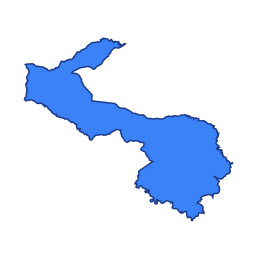 Ipameri, Goiás, Brazil, rotated 274°
{"feature_id": "56859067B29247640267498", "entity_name": "Ipameri", "entity_type": "district", "adm_level": 2, "iso_a3": "BRA", "parent_name": "Brazil", "parent_adm1": "Goiás", "projection": "natural_earth1", "projection_center": [-48.016, -17.457], "detail": "fine", "context": "isolated", "style": "filled", "palette": "blue", "viewbox_px": 256, "rotation_deg": 274, "n_neighbors": 0, "source": "geoboundaries", "source_scale": "gbopen_adm2", "svg_char_len": 5857}
<svg xmlns="http://www.w3.org/2000/svg" viewBox="0 0 256 256"><g transform="rotate(274 128 128)"><path d="M213.7,102.8L214.9,102.1L215.4,101.0L215.8,98.0L215.2,97.7L215.7,96.6L215.0,96.5L214.2,94.5L213.7,95.0L213.3,94.6L213.0,95.0L212.2,94.3L211.7,93.0L211.7,91.4L211.2,90.1L210.7,86.3L208.0,82.9L205.6,80.8L204.5,80.5L202.4,76.0L201.9,76.0L200.8,74.9L200.4,72.7L199.6,71.5L197.9,71.0L196.7,69.9L195.3,69.4L195.1,68.8L194.5,68.8L192.7,67.5L192.3,65.6L192.5,64.8L190.4,60.7L189.6,59.9L189.5,59.2L190.1,57.9L190.0,57.2L189.5,57.3L189.0,56.2L186.4,55.6L183.5,54.1L183.1,53.3L183.3,52.0L182.5,51.6L182.1,50.7L180.7,49.3L181.2,47.8L180.0,46.6L179.8,44.4L180.1,43.7L181.2,43.1L181.5,41.9L182.8,39.3L183.4,31.3L184.8,29.9L185.4,28.2L184.7,22.7L184.2,21.2L183.6,21.9L180.6,23.0L180.1,24.1L177.8,25.2L175.5,25.3L174.8,25.0L174.5,24.5L173.7,24.6L172.5,23.7L171.0,23.3L168.1,25.0L167.6,24.9L167.5,24.1L165.3,24.0L165.2,23.1L164.4,23.0L161.2,23.9L160.7,24.4L155.7,24.4L154.2,24.0L152.6,24.6L150.8,22.9L150.0,23.2L149.3,22.7L147.9,24.3L149.1,26.8L148.6,27.8L149.6,29.1L149.6,29.9L148.5,31.7L148.0,33.5L146.2,35.5L146.3,37.8L146.9,38.4L146.4,39.7L146.5,41.0L145.3,41.2L145.0,41.6L144.8,42.6L145.2,43.3L144.7,43.7L143.7,43.1L143.3,43.5L144.0,44.4L144.0,45.1L143.5,45.8L141.3,47.6L141.1,48.2L139.7,49.6L139.3,50.7L138.4,50.9L137.4,51.9L137.1,52.9L136.2,54.1L136.7,55.5L134.8,55.7L134.4,56.5L134.8,57.9L134.2,58.2L133.8,59.6L133.5,62.8L132.5,64.5L132.8,67.3L131.3,68.5L130.7,69.8L129.6,70.9L130.0,72.5L128.8,74.7L128.0,75.2L127.9,76.7L125.4,76.6L123.4,77.5L123.1,78.2L124.2,79.9L124.0,80.6L121.7,79.7L120.8,81.7L120.5,83.6L119.8,83.8L118.5,85.2L119.1,87.1L117.8,87.6L117.4,89.2L116.3,90.1L115.3,89.9L114.9,90.5L113.7,90.7L113.4,92.6L115.3,93.5L118.5,96.3L119.7,102.8L119.1,104.4L119.6,107.0L120.5,108.0L120.5,110.1L122.3,111.1L122.5,112.1L123.2,112.3L124.2,114.6L125.4,115.9L125.7,116.9L125.4,121.0L124.5,120.7L123.5,120.8L118.9,122.6L117.4,124.1L114.9,125.7L113.8,127.7L113.6,128.5L115.9,131.2L115.1,134.5L115.9,135.8L115.6,139.0L115.4,140.1L114.5,141.0L114.4,142.2L114.8,142.9L114.2,144.6L113.5,145.1L111.3,145.0L108.3,142.4L107.0,142.4L105.1,147.1L103.3,147.6L102.3,148.5L101.5,148.6L99.4,151.1L97.6,151.6L96.2,155.0L85.9,141.9L81.5,141.9L80.9,141.0L77.7,141.9L76.2,140.9L75.4,139.9L74.5,139.8L73.9,139.2L72.9,138.9L72.7,140.8L69.6,140.1L69.2,140.5L68.9,143.1L70.6,143.2L71.1,144.1L71.1,145.2L69.4,146.8L68.2,150.3L65.6,149.4L64.8,150.3L65.1,151.0L67.3,152.0L67.7,152.7L67.6,153.3L66.7,153.5L65.4,152.5L64.8,152.5L63.7,154.4L61.7,155.1L61.0,157.7L59.4,158.8L58.8,158.5L58.3,155.8L57.9,155.4L57.3,155.2L55.9,155.9L56.4,157.8L57.3,158.4L57.5,159.1L56.6,160.3L55.2,159.9L54.2,160.6L54.4,162.0L55.0,162.3L56.1,162.3L57.2,161.7L58.6,162.0L58.2,162.9L57.5,163.3L57.0,165.8L55.7,166.2L55.3,167.0L55.5,168.1L56.3,169.5L57.7,170.4L57.9,171.1L58.0,172.7L57.3,175.7L56.3,175.6L56.3,176.7L57.1,177.6L56.6,178.0L53.5,178.1L51.9,177.6L51.2,177.9L50.7,179.5L50.9,181.6L50.6,183.2L48.8,184.1L47.1,186.3L48.1,186.8L48.3,187.5L47.0,187.6L46.9,188.2L48.9,191.2L48.8,192.1L43.8,193.1L42.7,193.9L43.5,195.2L43.0,196.7L42.6,197.2L40.3,197.9L40.2,198.8L42.0,199.2L42.6,200.4L44.8,201.9L44.9,203.8L47.9,204.4L48.4,205.1L48.1,209.6L48.7,209.9L50.2,209.2L50.4,208.5L51.0,208.7L51.5,207.9L53.5,208.6L55.8,207.3L57.7,203.8L58.4,203.4L58.2,202.4L59.5,203.5L59.8,205.1L60.8,205.0L61.9,206.6L62.5,206.4L62.8,205.6L63.6,205.3L65.2,207.2L67.4,213.3L66.4,216.7L64.9,217.4L66.5,217.6L67.7,217.2L68.7,219.4L68.7,220.5L69.5,222.5L70.6,223.4L74.0,223.6L76.0,222.9L77.1,221.7L78.0,221.3L79.6,221.8L81.2,222.8L85.4,217.8L85.3,218.8L84.5,219.8L84.0,221.5L83.7,222.7L83.9,223.7L83.5,224.5L84.8,226.4L86.2,227.0L86.7,228.3L88.4,228.9L89.4,230.7L89.3,231.2L89.8,231.4L89.9,232.3L90.3,232.6L91.1,232.3L91.5,233.1L95.0,232.2L96.1,233.5L97.7,232.4L99.3,233.2L99.9,234.8L100.5,234.6L99.8,232.0L100.3,231.6L101.1,231.6L102.3,230.3L102.0,228.9L103.7,228.7L105.5,227.5L105.9,226.6L105.7,225.6L106.5,224.5L107.0,224.4L107.6,224.8L108.2,224.1L109.8,223.9L109.6,222.5L112.0,223.4L112.6,223.0L112.7,222.3L111.9,221.6L113.0,220.5L112.4,219.2L113.4,218.1L114.0,218.2L113.6,219.6L114.6,218.8L115.1,220.3L115.7,219.3L116.4,219.8L116.9,218.6L117.7,218.4L118.0,217.5L118.9,216.8L120.6,217.1L120.9,217.8L121.5,217.9L122.5,216.9L123.0,217.2L123.6,216.7L124.5,217.8L125.6,217.6L125.9,218.4L126.6,218.7L127.4,218.0L128.8,219.0L129.3,218.7L129.4,217.7L130.2,217.0L130.9,217.3L131.2,216.6L132.1,216.6L132.6,215.8L133.1,215.8L134.0,213.4L135.2,213.0L135.4,213.7L136.2,213.8L136.1,212.4L136.9,211.8L137.1,211.0L137.9,210.1L137.8,207.9L138.4,206.5L139.8,204.9L140.5,203.1L140.1,200.2L140.2,199.0L140.7,198.3L140.4,197.7L142.2,197.9L142.7,194.7L141.2,193.2L142.3,193.1L142.9,192.5L143.0,190.8L142.4,190.1L144.0,189.0L144.3,188.4L144.1,187.6L143.4,187.5L143.9,187.0L144.0,185.7L144.6,186.1L145.2,183.4L144.7,182.8L144.6,180.1L143.1,177.6L143.5,174.5L143.3,172.4L142.2,171.6L142.6,170.9L142.4,170.0L142.7,168.1L141.7,165.0L140.1,163.2L139.2,160.7L139.6,155.9L138.9,153.6L138.7,151.6L139.1,150.2L138.8,146.7L142.2,142.5L141.7,138.5L143.0,134.5L143.1,131.2L143.7,131.0L144.7,129.4L147.5,123.4L147.3,119.4L147.9,117.7L148.9,115.9L150.6,115.0L151.5,112.7L152.5,89.9L158.6,89.8L167.6,80.2L169.1,80.1L170.9,78.5L173.0,78.3L176.8,75.8L178.7,73.0L178.9,68.0L180.5,68.9L184.7,76.1L186.7,84.0L185.6,87.4L184.3,89.2L184.4,90.2L185.4,91.5L186.4,91.6L189.9,96.9L194.7,99.4L195.8,100.9L197.1,101.6L198.1,103.4L200.0,103.8L201.7,105.3L204.2,106.1L206.8,108.6L207.2,109.4L207.1,112.6L207.6,114.0L210.6,118.5L211.9,119.4L211.9,118.5L210.5,117.0L210.3,116.1L209.8,115.6L209.5,114.7L211.1,114.8L211.2,114.2L210.5,113.1L211.0,112.6L211.5,113.6L212.8,113.0L212.7,112.4L213.4,112.2L213.2,110.4L213.4,108.4L212.5,108.4L212.3,107.7L213.2,106.3L213.9,106.2L215.0,105.3L215.1,104.8L214.0,104.4L213.7,102.8Z" fill="#3b82f6" stroke="#1e3a8a" stroke-width="1.5"/></g></svg>